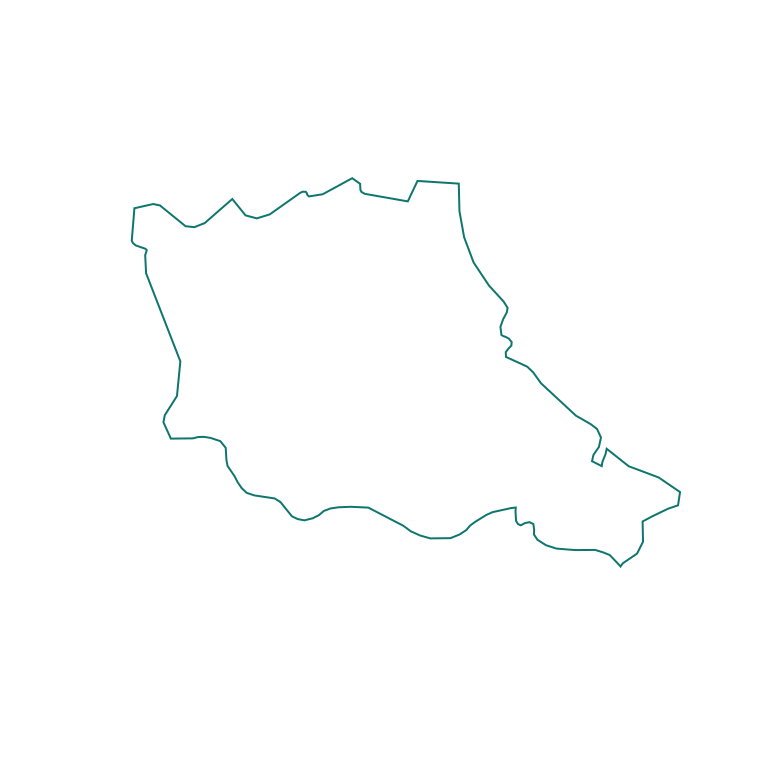 the border of Gipuzkoa, rotated 63°
{"feature_id": "ESP-5823", "entity_name": "Gipuzkoa", "entity_type": "Autonomous Community", "adm_level": 1, "iso_a3": "ESP", "parent_name": "Spain", "parent_adm1": "", "projection": "albers", "projection_center": [-2.13, 43.148], "detail": "fine", "context": "isolated", "style": "outline", "palette": "teal", "viewbox_px": 768, "rotation_deg": 63, "n_neighbors": 0, "source": "natural_earth", "source_scale": "10m", "svg_char_len": 1797}
<svg xmlns="http://www.w3.org/2000/svg" viewBox="0 0 768 768"><g transform="rotate(63 384 384)"><path d="M625.6,177.1L624.1,187.2L623.7,205.5L623.9,216.0L642.1,224.8L650.0,235.5L652.1,252.4L653.9,256.1L653.7,256.1L638.9,260.5L633.6,265.1L627.7,271.2L618.8,289.0L609.0,305.0L601.1,312.9L592.5,318.0L586.2,318.7L581.9,316.3L576.5,314.5L573.1,317.2L571.9,321.7L572.0,326.3L569.6,328.2L566.0,328.5L557.7,324.9L553.9,322.7L552.3,326.9L547.5,345.3L547.1,352.0L548.2,365.3L549.2,371.4L551.5,377.0L552.4,385.2L551.5,394.8L542.6,412.8L535.5,420.5L527.4,427.0L519.0,431.2L487.0,454.1L478.2,469.6L473.2,480.5L470.6,488.2L469.8,495.2L471.3,501.5L471.3,508.4L469.3,516.9L465.1,522.3L460.1,526.1L442.4,529.8L436.3,533.4L424.4,550.1L418.6,555.8L412.1,558.1L405.2,559.0L398.4,559.0L386.0,560.6L380.4,559.0L369.0,554.0L360.6,555.8L353.4,562.9L349.4,568.3L346.8,573.9L345.7,578.9L335.9,598.7L318.0,597.9L312.3,593.5L300.7,573.9L271.4,555.2L177.3,545.7L160.8,538.3L157.0,534.6L155.3,535.1L147.9,542.2L144.5,543.7L141.8,543.7L114.1,526.6L118.8,508.1L123.1,502.6L153.3,489.2L158.2,481.7L159.2,470.6L150.3,435.2L170.9,430.8L178.7,422.1L181.0,408.8L175.6,371.6L175.8,369.0L177.3,366.4L178.9,366.1L180.7,366.5L182.8,365.7L187.1,352.5L186.2,318.9L194.8,314.4L200.4,316.9L202.6,316.9L205.9,314.7L232.1,279.9L218.3,262.0L239.4,226.4L264.2,238.3L289.7,246.0L316.4,249.0L343.9,245.8L364.8,240.0L372.2,239.3L375.9,242.0L380.2,248.2L385.9,254.3L393.6,257.1L395.3,256.1L397.4,254.1L400.4,252.1L404.6,251.2L407.6,253.1L409.0,257.1L410.9,261.1L415.3,263.0L433.6,248.5L441.4,245.8L454.6,243.8L499.3,227.4L513.7,218.0L520.9,214.6L530.2,215.0L537.7,221.1L542.2,229.5L547.2,233.7L556.0,227.3L552.5,224.7L547.1,218.5L542.8,215.0L568.4,203.3L592.0,181.7L614.7,169.3L625.6,177.1Z" fill="none" stroke="#0f766e" stroke-width="2"/></g></svg>